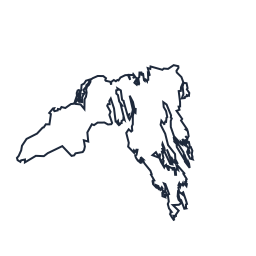 outline of Lindås nor, Hordaland, Norway, rotated 206°
{"feature_id": "86288312B23917972553599", "entity_name": "Lindås nor", "entity_type": "district", "adm_level": 2, "iso_a3": "NOR", "parent_name": "Norway", "parent_adm1": "Hordaland", "projection": "albers", "projection_center": [5.308, 60.697], "detail": "fine", "context": "isolated", "style": "outline", "palette": "slate", "viewbox_px": 256, "rotation_deg": 206, "n_neighbors": 0, "source": "geoboundaries", "source_scale": "gbopen_adm2", "svg_char_len": 5797}
<svg xmlns="http://www.w3.org/2000/svg" viewBox="0 0 256 256"><g transform="rotate(206 128 128)"><path d="M74.6,152.9L83.6,158.0L83.3,159.9L91.9,164.7L89.7,167.0L91.9,169.4L90.6,170.2L92.5,174.0L98.6,183.4L96.8,184.5L98.2,187.8L98.4,193.4L102.3,197.2L108.5,199.3L109.5,200.6L109.0,204.2L109.9,205.6L114.5,204.5L117.9,198.7L121.9,197.1L122.6,195.4L134.7,193.2L133.9,190.9L136.5,190.5L131.3,184.6L133.9,185.7L130.9,180.2L131.6,179.2L131.3,178.3L133.6,179.5L134.1,179.3L133.6,177.7L134.6,178.0L138.2,183.3L139.2,183.2L138.8,181.0L140.4,183.7L142.0,182.9L140.2,178.7L140.6,177.2L137.4,172.7L137.3,171.2L139.6,175.5L140.1,174.2L139.3,173.5L139.1,170.7L142.1,171.5L141.7,173.8L139.8,173.1L140.2,174.2L141.9,173.8L141.4,176.7L144.1,176.7L145.7,175.1L144.4,177.4L146.9,178.7L146.8,177.7L150.4,176.2L147.2,172.2L151.3,175.6L153.7,174.2L156.9,170.1L157.4,166.6L158.6,166.5L159.4,164.7L161.8,164.9L163.3,162.0L162.1,159.5L164.1,161.8L168.7,160.7L169.5,161.2L169.6,163.1L173.0,163.8L178.0,161.5L181.7,157.1L182.9,154.4L182.0,153.1L182.1,149.4L183.0,147.3L182.5,144.2L180.7,141.7L179.5,137.7L179.6,134.7L175.5,125.9L180.9,128.4L185.6,126.7L186.7,128.0L187.4,126.6L186.2,126.8L189.8,124.5L193.1,118.5L197.0,117.7L197.2,115.0L199.3,114.4L198.9,113.0L201.5,110.9L203.0,111.9L203.0,113.4L204.0,112.7L205.4,107.0L203.4,106.7L200.2,96.8L203.5,95.3L204.0,91.6L204.9,90.9L207.3,83.1L214.4,73.7L215.5,65.6L214.2,61.1L214.0,55.0L214.7,52.4L213.1,50.7L209.9,50.4L209.9,52.1L206.8,54.5L205.6,51.9L198.6,62.6L191.3,65.8L189.1,70.2L179.1,82.9L166.5,78.2L164.4,79.8L164.1,82.2L158.2,86.5L157.8,88.9L158.6,92.4L162.3,97.6L157.8,98.4L162.6,106.2L162.1,115.5L159.8,115.7L157.7,119.5L151.5,122.6L147.5,122.4L144.7,124.1L144.5,125.6L150.5,131.6L150.8,134.9L156.4,138.8L156.5,140.6L154.9,141.4L156.6,144.0L156.4,146.9L149.2,139.5L141.9,128.3L140.4,128.4L140.1,130.0L138.7,128.0L140.1,128.4L139.7,127.5L137.4,126.6L136.8,127.8L137.4,128.6L135.9,129.6L136.8,131.4L135.8,133.5L136.2,134.4L134.8,133.9L145.6,146.8L143.6,145.1L142.9,145.5L147.5,148.0L151.5,153.2L153.6,153.8L155.1,156.7L153.8,157.9L154.8,159.0L150.9,158.6L145.7,150.8L142.9,150.1L143.8,150.2L133.9,139.2L133.0,140.6L132.3,137.5L130.3,136.2L130.4,141.0L131.6,146.5L140.7,157.8L134.9,153.5L129.3,146.3L129.8,149.3L127.9,144.9L129.9,145.3L129.0,141.1L125.3,133.4L125.2,131.0L123.0,127.5L123.6,126.2L126.8,127.1L127.4,122.8L120.8,115.0L119.7,111.3L111.8,108.4L112.7,110.5L110.9,110.0L110.9,112.2L109.9,112.6L108.6,107.6L109.3,106.3L107.9,104.8L104.9,103.0L103.4,104.0L103.4,102.7L101.6,102.2L101.2,102.9L102.9,103.9L103.1,105.3L100.6,103.5L100.6,104.7L101.9,105.1L100.5,105.1L103.1,106.7L103.8,107.4L100.7,106.5L101.2,106.3L97.9,103.5L89.1,99.4L86.5,96.9L87.0,96.2L81.5,92.5L82.2,92.1L81.7,91.0L82.6,91.5L82.7,91.1L80.8,88.5L76.2,86.8L75.3,87.2L77.4,89.0L75.5,89.1L75.1,87.3L74.1,86.8L74.1,88.1L71.8,86.5L71.3,87.7L71.9,87.9L71.7,89.6L70.4,88.8L70.3,87.4L68.5,86.8L68.8,84.8L67.1,81.8L64.2,82.1L66.0,84.1L64.2,84.0L64.3,85.4L65.8,86.9L67.5,86.2L67.1,87.9L68.6,91.6L71.3,93.9L69.9,94.0L62.1,86.6L63.0,85.5L59.1,79.8L58.9,77.1L55.9,73.7L52.0,71.7L52.9,71.1L52.1,69.4L53.1,69.5L49.9,67.3L46.7,65.5L46.5,65.8L47.4,66.4L47.0,68.0L48.5,69.1L46.4,70.0L47.0,71.1L46.2,75.9L53.9,78.4L48.6,81.3L47.1,84.1L51.1,85.7L53.4,88.3L55.1,92.6L54.4,92.4L54.9,94.3L56.7,96.7L56.1,97.6L56.6,98.9L57.6,98.8L57.7,100.7L55.4,98.4L55.8,100.6L54.5,100.6L54.5,102.5L53.2,100.9L52.8,102.7L50.0,101.4L50.6,103.6L52.9,104.7L52.3,105.8L53.1,106.7L52.8,107.8L58.1,111.1L57.6,112.0L66.6,115.8L66.2,114.8L67.6,115.2L64.9,112.4L66.3,112.7L66.3,110.4L64.3,107.0L65.1,106.6L68.7,112.4L69.9,111.9L69.2,109.4L70.3,111.2L74.5,111.1L72.5,107.4L75.6,111.3L76.1,111.1L75.8,110.0L76.7,110.8L76.4,109.7L77.7,111.3L78.3,110.6L78.2,108.5L83.4,111.9L86.7,114.9L94.1,114.3L92.3,118.5L88.9,116.1L87.5,117.0L88.5,118.8L87.5,118.0L86.4,114.8L80.7,110.8L81.5,114.1L83.7,115.4L83.0,115.2L83.1,116.8L87.8,122.3L85.6,120.8L85.7,122.4L88.0,124.3L87.4,124.8L87.8,126.0L89.8,127.8L90.1,129.1L86.4,125.8L85.9,125.1L86.8,125.2L84.9,122.8L74.2,114.2L72.2,114.7L83.7,125.8L74.8,118.1L73.6,118.0L76.6,121.0L71.8,117.1L69.7,117.5L71.6,119.6L70.8,119.7L67.4,117.5L71.7,120.6L74.3,125.2L84.5,130.2L92.1,139.2L100.1,145.2L101.2,149.2L96.5,147.0L97.3,147.7L97.3,150.2L96.5,150.3L97.9,154.1L97.5,155.1L101.2,159.9L105.1,162.5L107.6,166.7L103.6,166.0L94.8,158.2L94.1,156.1L92.9,155.8L92.7,153.1L90.0,147.7L83.1,140.8L73.4,136.9L72.2,136.8L73.9,138.7L70.4,137.8L74.3,142.0L69.9,139.8L71.1,142.3L69.9,142.8L69.8,144.2L72.9,146.0L70.1,144.8L69.9,147.2L72.9,151.4L75.5,152.0L74.6,152.9ZM182.7,130.5L180.5,131.2L182.6,135.3L182.6,138.3L183.3,138.9L182.4,139.5L182.5,140.9L184.7,142.6L183.6,147.3L184.2,148.1L183.1,151.0L183.5,154.9L186.5,152.1L186.9,148.8L188.6,146.3L186.6,141.3L186.7,138.9L185.9,138.7L184.0,132.9L185.1,130.8L183.4,130.2L183.1,132.3L182.3,131.5L182.7,130.5ZM42.0,80.1L40.5,81.2L41.7,81.5L41.0,82.0L42.4,84.6L41.7,85.6L44.1,88.3L50.2,94.4L50.9,93.1L50.1,92.2L53.8,93.1L53.7,90.7L50.7,86.8L48.7,86.5L42.0,80.1ZM87.4,183.7L88.3,186.4L92.1,188.6L91.9,189.9L95.0,193.9L97.8,193.0L97.1,189.2L93.1,182.9L92.6,178.2L90.1,179.8L90.4,181.2L88.8,182.5L89.4,183.4L87.4,183.7ZM58.8,127.7L56.0,128.2L58.3,130.3L56.8,129.7L59.2,132.4L60.2,135.8L63.2,138.4L63.9,137.9L67.2,142.2L69.2,142.0L69.0,140.4L67.8,141.1L69.0,139.8L68.4,138.3L65.7,136.6L64.1,137.6L64.4,135.7L61.1,132.2L64.5,133.8L64.4,132.4L62.7,131.1L63.7,131.6L58.8,127.7ZM64.1,124.7L63.8,125.8L67.5,130.5L83.1,140.0L80.1,136.0L77.5,136.2L79.1,135.6L76.2,134.5L76.7,133.8L75.8,132.3L64.1,124.7ZM186.2,128.9L185.6,133.3L187.3,136.8L187.3,140.1L188.8,140.6L189.7,139.6L189.4,136.9L188.1,134.8L187.4,128.9L186.2,128.9ZM62.2,122.8L55.1,119.2L57.5,122.7L58.9,123.9L58.5,122.8L59.4,122.7L65.7,129.0L62.5,125.5L63.1,125.2L62.2,122.8Z" fill="none" stroke="#1e293b" stroke-width="2"/></g></svg>